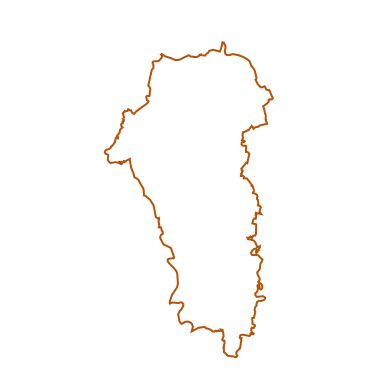 outline of Tlacotalpan, Veracruz, Mexico, rotated 12°
{"feature_id": "50627088B74456725594812", "entity_name": "Tlacotalpan", "entity_type": "district", "adm_level": 2, "iso_a3": "MEX", "parent_name": "Mexico", "parent_adm1": "Veracruz", "projection": "robinson", "projection_center": [-95.611, 18.521], "detail": "fine", "context": "isolated", "style": "outline", "palette": "amber", "viewbox_px": 384, "rotation_deg": 12, "n_neighbors": 0, "source": "geoboundaries", "source_scale": "gbopen_adm2", "svg_char_len": 6077}
<svg xmlns="http://www.w3.org/2000/svg" viewBox="0 0 384 384"><g transform="rotate(12 192 192)"><path d="M132.7,189.6L135.5,190.3L137.2,191.4L140.0,194.8L143.9,198.9L143.7,199.4L144.5,200.7L145.8,205.4L147.0,205.4L153.2,208.6L152.9,208.6L157.2,213.1L161.9,224.1L164.5,225.1L165.1,224.3L165.5,224.8L165.3,226.6L165.5,228.3L166.9,231.0L166.9,233.5L167.5,233.5L168.0,233.0L169.1,233.1L170.5,236.2L171.4,236.7L171.9,238.0L172.0,239.2L171.6,239.6L171.2,239.6L170.4,240.9L170.3,243.4L174.8,249.1L182.9,251.1L186.7,257.2L188.2,260.0L188.0,260.6L184.7,261.5L182.9,262.3L182.3,263.1L182.4,264.2L183.7,265.9L191.8,271.5L193.5,273.1L194.6,275.1L197.3,284.6L197.2,288.4L193.9,296.6L193.1,303.3L193.3,305.1L193.7,305.6L193.8,305.3L195.4,304.4L198.1,303.8L201.1,303.7L204.1,302.2L205.7,302.4L206.3,302.8L206.9,303.5L207.1,305.4L206.0,308.9L204.7,311.1L203.9,314.6L206.8,321.4L209.2,323.3L211.3,321.3L213.0,320.1L215.5,319.5L218.1,320.2L219.4,321.1L220.7,323.2L220.9,324.3L220.7,328.5L226.7,323.4L232.6,321.3L234.3,322.5L235.7,322.3L239.4,323.0L241.2,324.1L242.6,324.0L244.0,322.8L244.7,322.7L245.0,323.1L246.8,321.9L247.1,322.4L247.6,322.4L248.7,321.8L249.4,321.8L249.3,321.2L248.9,320.5L250.5,320.6L251.5,322.4L252.9,326.5L252.3,330.4L253.4,330.9L254.6,330.7L255.0,332.0L255.3,333.8L255.1,336.1L255.6,336.9L255.1,337.6L256.1,339.5L256.3,341.5L256.6,342.0L259.5,343.5L260.5,344.6L262.0,344.8L266.6,344.2L268.5,344.5L269.8,344.0L270.3,343.4L270.4,342.7L268.9,341.1L268.8,339.3L269.9,337.2L271.2,335.5L270.9,335.4L271.4,333.7L271.5,332.7L271.0,328.3L271.3,327.3L270.8,326.3L270.9,324.6L270.5,324.5L269.5,325.0L269.1,324.7L268.8,324.0L269.0,322.4L269.3,321.9L271.2,321.0L278.1,320.9L278.5,320.3L279.0,318.8L278.6,318.2L278.9,317.9L279.8,318.9L280.3,318.8L280.6,318.2L281.7,318.1L281.8,317.6L279.6,316.6L278.9,315.4L278.3,313.2L278.7,312.3L280.0,312.4L280.7,312.1L281.1,310.4L281.4,310.3L281.3,309.5L281.0,309.1L278.7,308.5L278.3,307.9L278.2,306.2L277.2,303.4L277.2,302.7L278.9,302.1L278.7,300.2L278.9,296.6L278.7,295.7L277.6,294.2L277.6,293.3L278.0,290.9L278.7,289.8L278.4,288.2L278.6,286.1L280.0,284.6L282.2,284.2L284.6,282.9L285.3,282.1L285.6,280.4L285.5,280.1L284.2,279.4L282.8,279.3L277.1,281.1L275.5,279.9L275.1,278.4L275.0,277.9L276.4,276.2L276.6,275.1L276.6,272.3L275.7,270.8L275.5,269.9L275.8,269.1L276.2,268.6L276.7,268.6L278.5,272.5L279.3,273.1L279.8,272.9L280.4,271.9L280.5,269.4L278.9,267.7L275.5,266.1L276.5,263.8L276.3,262.9L273.2,258.8L272.5,257.0L272.8,256.7L274.3,253.4L274.3,252.1L273.8,247.7L274.8,245.6L275.0,243.3L273.0,242.4L269.8,240.2L268.0,240.1L264.3,241.2L263.0,240.5L262.4,239.3L263.3,236.4L264.4,235.0L265.6,234.2L266.3,234.3L267.3,235.1L267.0,236.6L267.2,237.7L267.7,238.4L268.5,236.9L268.5,236.3L268.9,235.9L268.9,235.3L269.4,235.0L269.3,234.2L269.9,232.3L269.7,230.8L267.2,232.7L266.1,230.4L264.0,227.7L262.4,226.7L261.1,226.5L256.5,226.3L255.7,225.3L256.9,225.1L258.5,223.3L259.1,223.4L259.4,224.0L260.4,224.5L260.9,222.0L261.6,221.6L262.8,221.5L263.3,219.6L261.5,210.3L257.6,210.2L257.6,206.8L258.4,204.9L259.9,204.9L259.7,201.0L258.9,201.0L258.8,199.1L264.3,199.2L262.2,197.4L262.2,194.5L262.6,192.7L261.2,191.4L259.6,191.6L259.2,191.4L259.3,189.2L258.1,186.1L257.1,185.3L256.7,184.4L257.0,182.9L256.3,181.4L254.4,180.6L251.9,180.4L251.8,179.7L252.3,178.4L252.0,176.9L249.8,173.1L249.0,173.6L248.3,172.0L242.9,167.3L239.9,167.9L239.8,166.4L239.2,165.9L238.0,165.5L237.1,166.2L236.6,166.2L236.7,164.7L236.1,164.0L236.8,163.3L236.8,162.2L237.3,161.2L237.0,160.7L236.3,160.5L236.1,159.5L235.4,159.0L239.1,151.9L240.1,152.3L240.1,142.7L238.1,141.3L237.4,141.2L236.5,141.6L235.8,139.0L235.8,136.9L235.1,135.7L232.3,136.0L231.2,135.8L230.5,135.0L230.4,133.4L230.7,133.0L230.9,132.7L232.3,132.5L233.0,131.4L232.7,131.1L230.1,131.0L230.6,128.3L229.8,126.5L229.5,124.8L229.4,123.0L231.2,122.1L233.5,120.1L234.0,121.1L233.8,119.9L235.0,119.0L235.4,117.6L236.1,116.5L236.6,114.9L237.8,115.7L239.0,117.4L240.5,115.5L243.2,114.4L244.1,113.0L251.3,109.6L250.0,107.3L249.4,106.9L249.5,105.9L248.8,105.3L248.3,101.7L246.8,99.4L245.5,96.0L243.9,93.7L244.0,93.0L245.6,91.5L247.9,88.6L248.3,87.4L247.9,86.9L247.9,85.7L248.7,85.2L250.2,85.1L251.6,83.7L251.1,82.6L250.4,82.0L246.6,76.3L244.6,76.6L243.5,76.3L241.0,73.6L238.6,75.1L237.4,75.4L233.9,72.8L230.7,68.9L231.5,68.0L231.3,66.8L228.4,60.7L227.1,58.9L223.3,55.8L221.8,53.0L221.0,52.1L218.4,50.6L213.8,49.2L208.7,48.5L203.4,48.6L199.4,50.6L197.6,50.7L196.1,50.2L194.7,47.1L194.8,44.0L194.1,41.6L192.5,40.3L192.1,39.3L191.5,39.2L190.8,39.2L190.6,45.5L190.1,48.8L183.0,48.5L179.5,50.5L178.8,52.6L177.8,53.2L176.4,55.9L172.3,56.2L172.1,55.6L170.9,56.2L170.7,57.2L168.7,59.1L167.2,59.2L165.8,59.7L165.1,59.4L162.7,59.8L160.3,58.9L158.8,60.3L157.8,60.8L152.9,64.7L150.7,65.8L148.0,66.4L144.6,65.6L137.0,64.8L133.7,63.3L133.1,64.0L134.4,65.0L134.5,66.2L134.0,67.6L132.6,70.1L131.5,71.1L127.5,72.2L126.9,72.6L126.5,73.4L126.7,74.2L127.8,75.6L128.5,78.7L127.3,80.8L127.1,96.9L128.7,98.2L129.8,99.8L130.0,100.9L130.0,103.2L130.4,105.4L130.4,106.9L128.0,107.3L127.5,108.0L127.6,109.0L128.7,111.4L130.1,111.8L130.6,112.3L130.6,113.2L129.3,115.1L120.5,125.0L119.3,127.5L118.9,127.7L116.8,126.7L115.3,124.8L113.9,125.0L113.1,124.8L112.8,124.3L112.3,124.4L112.2,125.8L111.8,126.2L110.3,127.0L109.3,126.8L109.1,127.1L108.7,128.3L108.4,128.6L108.5,129.2L108.0,129.5L108.9,130.7L109.0,131.6L109.9,132.9L109.4,134.7L110.5,135.6L110.7,136.4L109.4,137.2L109.5,137.7L110.1,138.2L110.1,139.2L108.9,139.8L108.6,140.5L109.0,141.9L110.2,143.0L110.0,143.8L110.3,143.8L109.0,145.2L108.6,147.2L108.9,148.7L106.9,153.1L108.2,153.7L108.4,154.9L106.9,154.7L106.3,155.1L106.1,158.9L106.3,159.4L104.1,163.8L103.6,164.0L103.3,164.7L103.4,165.6L102.3,166.9L99.4,168.6L98.5,170.1L98.4,171.2L99.5,172.5L100.1,172.8L101.7,172.8L102.4,173.2L103.0,178.1L103.9,179.2L106.3,180.6L111.0,178.7L114.3,178.8L114.4,177.7L115.3,177.5L115.3,178.2L116.1,178.2L115.9,179.3L117.4,179.5L117.8,177.9L117.6,177.1L119.4,176.9L119.1,175.9L120.9,175.9L121.1,175.1L124.4,172.6L124.9,174.7L127.5,181.0L130.6,185.5L132.7,189.6Z" fill="none" stroke="#b45309" stroke-width="2"/></g></svg>